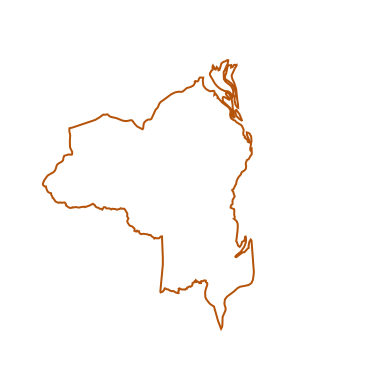 Baribour, Kâmpóng Chhnang, Cambodia, rotated 52°
{"feature_id": "14789045B88819802206613", "entity_name": "Baribour", "entity_type": "district", "adm_level": 2, "iso_a3": "KHM", "parent_name": "Cambodia", "parent_adm1": "Kâmpóng Chhnang", "projection": "mercator", "projection_center": [104.462, 12.421], "detail": "fine", "context": "isolated", "style": "outline", "palette": "amber", "viewbox_px": 384, "rotation_deg": 52, "n_neighbors": 0, "source": "geoboundaries", "source_scale": "gbopen_adm2", "svg_char_len": 6065}
<svg xmlns="http://www.w3.org/2000/svg" viewBox="0 0 384 384"><g transform="rotate(52 192 192)"><path d="M265.6,175.0L266.6,177.5L267.2,178.2L269.4,180.7L270.7,181.4L271.0,181.8L270.8,182.7L271.7,187.5L271.6,188.1L270.8,189.0L270.7,189.6L270.6,197.1L270.2,197.7L269.5,197.5L269.2,196.2L269.1,190.3L267.3,184.5L265.0,180.8L263.3,179.1L261.4,177.7L260.1,177.2L260.0,177.9L260.9,178.5L262.3,180.3L262.6,181.2L262.1,183.2L263.9,185.6L264.6,188.2L262.6,188.7L259.2,187.5L258.1,187.5L251.1,180.5L247.1,176.9L244.7,175.4L243.0,174.9L241.4,174.9L239.0,175.4L239.2,174.8L237.7,173.5L236.2,173.0L232.2,169.7L231.4,169.4L228.8,170.9L228.2,171.2L227.7,170.9L226.5,169.4L226.6,167.9L226.0,167.1L223.3,165.0L221.8,161.1L218.7,160.1L217.6,159.4L215.9,159.4L215.1,159.1L215.3,157.7L212.6,152.0L211.0,150.3L209.5,147.7L209.0,146.3L208.2,142.6L207.0,140.7L207.3,137.5L207.0,135.7L206.6,135.0L204.6,133.1L203.2,132.6L201.8,131.1L200.6,128.9L201.0,127.4L200.8,126.5L199.8,124.3L199.0,121.6L194.2,118.1L194.0,118.5L194.6,119.3L196.0,120.2L194.9,120.3L193.7,119.4L188.4,113.7L184.6,111.2L181.6,110.7L180.2,111.1L178.8,112.1L180.8,113.5L186.0,115.0L188.6,116.1L187.9,116.6L186.7,117.1L184.9,116.1L182.9,116.8L181.6,116.9L181.6,116.3L180.5,116.1L178.5,116.3L176.8,115.1L175.4,113.5L174.3,112.8L170.9,112.0L169.7,112.0L164.3,114.0L162.3,114.1L160.8,115.0L158.2,115.8L157.3,115.7L155.1,114.7L154.1,114.0L152.4,112.1L151.4,111.4L148.1,111.0L140.2,113.1L135.1,113.5L133.9,113.9L134.0,113.3L133.3,113.1L129.4,112.9L129.3,114.7L127.4,112.8L126.2,112.4L125.5,112.8L123.7,115.8L120.5,117.2L118.9,117.6L116.0,117.6L115.0,117.5L110.5,114.6L108.8,112.7L106.7,115.2L107.0,116.7L108.2,118.5L108.2,119.7L106.6,121.1L106.6,121.8L107.5,122.1L108.4,123.6L108.9,125.7L108.3,128.7L106.9,132.0L107.1,137.2L106.7,138.5L104.6,141.0L103.1,144.0L102.2,148.0L101.9,159.1L101.7,161.2L102.3,163.4L104.3,166.9L104.8,170.1L109.3,178.8L109.4,179.5L109.2,180.2L107.9,182.1L107.5,184.3L107.8,186.7L108.8,188.4L111.8,191.3L112.1,192.4L106.5,194.9L103.2,195.2L99.0,195.1L98.0,195.6L95.6,200.3L93.1,202.7L87.4,206.0L82.8,209.7L81.7,210.3L79.0,210.7L78.5,211.1L77.8,212.7L76.6,214.0L76.3,214.7L76.3,218.6L75.6,223.9L67.7,246.3L66.3,249.4L68.7,251.3L72.4,253.1L76.4,256.7L81.4,260.4L82.7,260.9L86.6,261.7L88.5,263.3L88.5,263.8L87.7,264.9L86.5,266.0L84.8,270.4L86.1,272.5L87.5,273.9L87.8,274.9L87.9,276.2L87.3,280.0L87.6,281.9L89.9,285.2L90.8,287.1L91.1,289.0L90.2,295.1L90.4,296.7L91.8,301.2L93.4,304.1L94.4,305.0L95.2,305.0L96.9,304.7L97.8,303.7L99.7,304.7L102.9,305.5L104.9,304.8L106.2,303.8L107.7,304.7L109.3,304.8L110.9,305.5L111.5,305.1L115.5,305.4L118.4,303.8L118.8,303.1L118.9,302.3L120.3,301.3L121.8,298.8L123.9,298.7L124.5,299.4L125.7,299.5L129.2,298.2L130.3,296.7L130.4,295.6L130.9,295.5L132.2,293.0L134.7,290.7L136.0,287.9L137.5,285.7L138.0,285.7L139.5,281.4L140.3,277.3L141.3,277.2L141.8,276.8L142.8,276.7L144.0,277.0L145.6,276.5L146.6,275.5L148.2,275.1L149.4,274.0L150.6,273.6L149.7,270.8L150.6,269.7L152.1,269.6L152.5,269.3L154.1,267.1L156.0,266.4L156.1,265.3L156.4,264.8L157.3,264.0L158.0,263.0L159.7,262.1L160.9,259.1L160.8,258.5L161.0,258.0L161.6,257.8L162.3,257.2L163.5,255.7L164.6,255.6L169.1,256.2L171.4,258.2L173.2,258.2L173.7,258.4L174.7,260.5L175.7,261.3L176.8,261.6L180.2,261.8L182.4,260.3L185.5,259.9L186.7,260.7L187.1,261.3L188.8,260.4L189.0,260.0L188.7,259.7L188.6,259.1L189.6,258.9L190.3,257.9L191.6,258.6L193.0,258.5L194.1,257.8L194.9,256.2L197.0,254.1L198.0,253.1L199.4,252.5L199.7,251.7L200.7,251.0L202.0,251.1L204.7,250.2L205.5,250.4L205.7,250.1L205.6,249.1L207.0,248.1L208.1,246.5L207.9,243.9L208.5,243.0L225.9,255.5L231.4,259.8L251.0,278.3L251.8,278.5L252.5,276.4L252.0,274.4L251.1,272.9L251.4,272.4L252.9,272.0L254.0,270.8L256.0,270.1L257.8,268.9L258.7,267.5L261.0,266.8L263.3,265.1L263.4,264.7L261.8,263.9L261.3,262.6L260.1,262.2L260.1,261.3L262.3,260.3L263.5,258.9L263.8,258.2L264.7,257.6L264.6,256.6L265.1,255.6L264.5,255.0L264.3,254.3L264.7,253.8L264.9,252.0L265.7,251.6L265.9,250.0L265.0,248.3L264.1,247.7L264.2,246.6L264.6,245.5L264.0,245.0L263.9,244.4L264.4,244.0L263.9,243.3L264.9,243.1L265.7,243.8L266.2,242.7L267.1,242.0L268.0,242.4L268.6,242.1L269.3,241.0L268.1,240.2L267.9,239.5L268.9,238.5L269.1,236.9L270.3,235.7L271.7,236.6L273.0,236.1L274.3,236.8L277.5,241.6L279.4,243.6L282.9,246.1L284.9,246.7L289.7,246.8L291.8,246.6L295.8,245.2L309.8,250.9L317.7,253.3L316.8,251.4L315.9,250.3L309.3,244.8L305.8,238.3L303.7,236.7L301.9,236.2L299.9,235.2L297.1,232.4L296.6,231.2L296.0,228.6L296.2,219.9L295.8,215.5L296.2,212.6L299.5,206.1L300.3,203.8L300.3,201.2L298.8,198.2L295.2,194.4L293.1,192.5L266.9,175.0L265.6,175.0ZM109.2,104.1L109.8,105.1L110.9,105.8L120.6,107.2L123.6,107.1L126.6,106.6L128.9,105.9L132.6,104.0L134.8,101.7L136.7,100.9L138.0,100.8L142.0,101.5L141.3,100.4L138.9,98.1L137.5,97.2L135.2,96.4L132.3,96.0L126.2,97.5L124.7,97.6L122.6,97.3L117.1,93.3L116.7,92.8L116.4,91.5L115.1,89.4L112.8,84.8L110.5,82.3L109.8,82.9L109.5,85.4L108.8,87.2L108.8,89.6L112.7,95.2L112.4,96.2L111.0,95.6L109.9,95.4L108.7,95.6L110.1,98.0L109.3,98.5L107.0,97.8L105.3,97.6L106.0,98.8L108.0,100.1L108.4,100.9L108.5,102.6L109.0,103.2L109.2,104.1ZM124.5,88.9L120.9,82.1L119.8,78.9L119.2,78.5L118.9,79.5L117.8,80.3L117.7,80.7L118.4,82.8L118.0,84.5L116.1,83.0L115.6,84.1L114.8,84.9L114.7,85.5L115.3,87.0L119.6,92.1L120.9,94.6L122.0,95.7L123.9,96.2L126.8,95.1L131.3,94.0L135.4,94.3L139.8,95.9L142.1,97.5L143.1,98.7L142.7,99.0L143.1,99.6L146.1,102.2L150.0,103.9L153.4,104.2L154.1,103.8L151.1,101.7L146.9,99.4L138.0,93.8L131.8,91.5L128.0,90.7L125.5,89.6L124.5,88.9ZM145.0,104.5L140.9,102.9L137.6,102.3L136.1,102.7L134.8,104.1L135.1,104.6L136.9,105.2L140.5,105.0L142.0,105.5L142.1,106.0L137.5,107.8L136.3,108.9L137.1,110.2L138.8,111.3L140.3,111.7L148.0,110.4L151.5,110.3L154.7,111.5L156.2,112.7L154.4,112.4L155.8,113.6L157.2,113.7L158.8,113.4L159.3,112.6L158.6,112.1L157.0,111.8L155.2,110.5L150.3,107.9L148.6,106.5L145.0,104.5ZM159.5,110.2L163.7,109.7L166.1,108.9L166.2,108.5L160.0,106.7L154.7,106.5L154.4,107.4L154.9,108.1L156.6,109.2L159.5,110.2Z" fill="none" stroke="#b45309" stroke-width="2"/></g></svg>